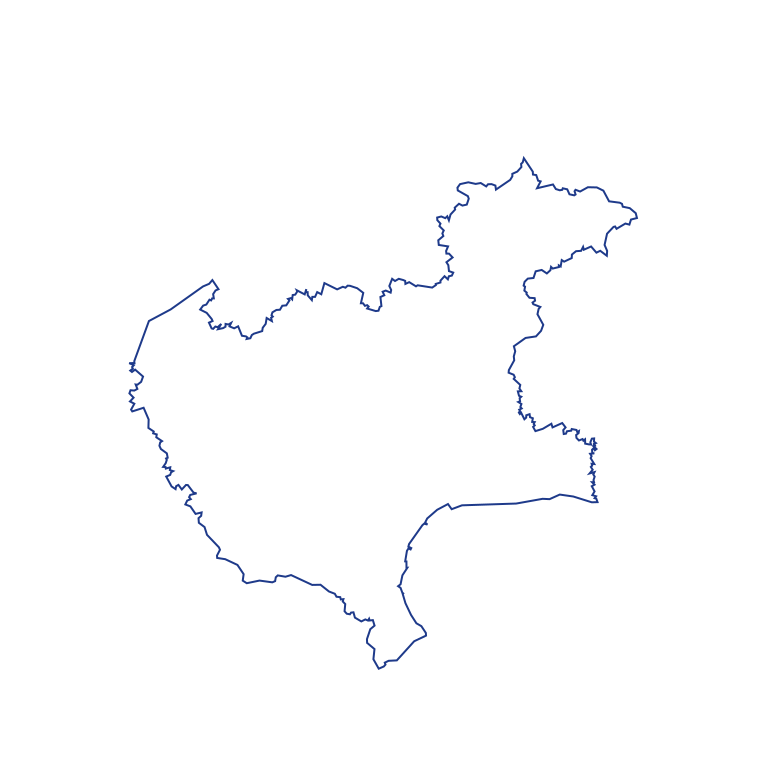 Veneto, Treviso, Italy, rotated 23°
{"feature_id": "23120603B96721879872173", "entity_name": "Veneto", "entity_type": "district", "adm_level": 2, "iso_a3": "ITA", "parent_name": "Italy", "parent_adm1": "Treviso", "projection": "orthographic", "projection_center": [12.018, 45.736], "detail": "fine", "context": "isolated", "style": "outline", "palette": "blue", "viewbox_px": 768, "rotation_deg": 23, "n_neighbors": 0, "source": "geoboundaries", "source_scale": "gbopen_adm2", "svg_char_len": 6165}
<svg xmlns="http://www.w3.org/2000/svg" viewBox="0 0 768 768"><g transform="rotate(23 384 384)"><path d="M297.8,600.7L297.3,607.2L298.4,609.3L306.3,607.3L319.8,607.8L329.1,613.9L330.8,620.2L335.5,621.0L346.2,613.6L358.7,610.2L360.8,608.0L359.9,604.2L361.0,601.7L368.6,599.9L373.1,596.2L396.4,597.0L404.0,593.6L414.4,596.5L420.7,596.3L423.4,598.4L427.0,597.3L428.4,599.2L430.7,597.9L431.0,600.3L434.3,601.7L436.5,608.6L439.5,610.0L442.6,609.3L443.0,607.3L445.1,606.1L448.5,610.4L455.9,611.4L458.8,608.0L461.7,608.0L462.0,605.9L463.2,607.3L466.0,605.7L469.7,610.1L467.2,615.0L468.0,625.5L469.6,628.9L478.8,631.7L481.8,641.5L490.4,648.1L494.2,644.1L495.0,641.7L493.6,640.2L496.4,637.0L503.8,633.4L512.3,609.0L521.0,599.2L519.8,596.8L513.0,592.3L507.3,591.6L499.1,586.0L489.4,577.4L483.3,570.0L483.8,568.3L483.3,569.9L478.9,565.2L476.0,564.6L477.5,561.9L475.7,552.9L477.3,544.0L476.5,544.4L474.0,538.6L472.8,539.0L470.3,528.6L470.8,525.7L473.1,525.9L473.2,524.4L470.0,524.2L469.6,521.5L474.5,499.0L475.5,496.9L478.9,496.4L476.0,495.4L476.3,490.9L482.1,479.0L489.8,469.5L495.2,472.8L503.2,465.2L552.4,442.4L574.9,427.7L581.4,425.3L589.0,417.1L602.2,413.6L621.5,411.7L626.7,409.3L624.2,406.6L622.5,406.8L623.1,404.5L619.2,404.9L619.8,400.6L615.2,396.9L617.1,394.4L613.9,393.1L615.7,392.3L614.4,390.6L614.1,386.9L612.0,385.5L612.2,382.8L608.2,386.0L609.6,381.4L606.8,379.5L607.5,377.8L606.3,376.3L608.8,375.5L603.2,371.5L603.3,369.3L601.0,367.7L604.7,365.7L602.6,366.0L601.2,363.2L602.0,361.2L604.0,362.6L605.0,360.8L601.1,359.4L603.2,357.8L601.2,358.6L600.6,357.1L602.1,355.6L599.8,355.0L598.7,352.0L596.7,353.1L596.7,357.0L598.2,358.8L596.3,359.5L592.5,360.3L590.7,356.4L589.7,358.3L588.3,357.1L585.5,359.8L582.2,358.4L580.8,355.9L582.3,353.2L581.8,351.2L580.7,352.7L579.1,351.1L574.4,352.1L574.6,353.8L570.9,356.0L570.9,358.6L569.0,359.8L567.0,356.4L568.1,353.0L563.3,350.3L556.1,358.1L553.6,355.2L547.7,363.2L541.8,368.2L538.0,365.2L538.9,363.2L537.4,362.3L537.6,360.2L535.2,361.0L534.4,357.4L531.4,357.5L529.8,354.9L527.2,357.2L528.0,359.4L527.0,361.6L521.5,356.9L520.8,358.6L519.3,357.6L519.8,355.7L518.5,354.8L520.3,352.7L518.5,351.9L518.3,348.7L514.6,348.1L516.0,346.7L514.4,344.1L515.3,342.1L512.9,342.1L510.1,338.5L513.2,337.0L510.4,335.2L509.8,331.6L501.4,328.6L501.8,326.6L499.7,324.8L494.3,324.9L493.5,322.4L494.6,311.3L492.7,307.9L492.0,302.6L488.8,298.5L496.3,286.3L505.3,280.8L507.8,273.7L507.5,267.3L498.0,259.8L497.0,254.5L497.8,252.0L490.2,252.2L488.9,251.0L490.5,248.3L489.1,246.1L484.2,247.8L479.9,245.5L479.7,244.1L476.7,243.2L475.8,239.3L474.1,238.9L473.5,235.0L475.2,230.8L480.2,228.0L479.6,221.0L484.6,217.4L490.7,218.6L492.7,214.3L492.0,210.9L494.2,211.8L499.3,208.0L498.6,206.5L500.7,206.8L499.2,200.5L502.0,201.0L507.6,194.7L506.4,191.4L508.9,186.7L513.4,184.4L513.7,180.0L515.5,182.3L520.9,176.5L528.2,180.1L531.0,176.9L539.0,178.9L537.4,174.3L532.7,169.8L530.6,158.5L533.9,149.7L535.2,148.7L537.4,150.3L543.5,142.0L547.6,141.4L547.1,136.1L552.0,132.4L549.0,128.4L541.5,126.1L534.5,127.5L532.7,125.2L530.2,125.0L519.8,127.9L510.4,120.3L503.1,119.9L494.8,123.2L489.3,130.2L484.4,130.4L484.1,132.1L486.3,134.7L485.4,136.0L480.6,136.9L476.6,133.2L472.1,134.0L472.2,135.6L470.1,137.0L466.0,137.4L461.6,134.3L448.4,144.0L449.0,136.3L446.4,136.6L442.5,132.2L439.3,133.0L438.0,130.4L424.5,121.5L425.1,125.8L424.2,127.8L425.7,130.6L423.7,136.4L420.0,140.4L421.0,142.7L420.4,146.8L411.1,161.3L409.0,157.8L404.9,158.0L401.7,159.5L400.9,162.2L394.5,161.2L390.2,164.0L382.8,165.4L375.9,170.3L374.9,174.6L376.3,177.0L387.8,178.3L389.6,180.3L390.1,186.5L386.5,189.1L382.6,188.8L380.2,194.1L381.3,195.6L379.0,202.0L379.8,208.0L376.7,204.9L375.6,207.4L371.3,207.4L367.9,210.0L369.1,212.4L373.3,214.3L373.3,217.0L379.0,219.3L378.9,222.6L380.8,224.6L377.8,230.5L380.1,234.6L389.2,232.3L389.2,237.3L390.5,239.6L392.9,238.6L397.7,240.7L393.9,247.5L396.8,249.5L399.7,254.7L404.2,254.4L404.1,257.7L401.6,259.5L401.9,262.7L397.6,261.1L395.6,266.8L396.3,268.5L392.5,271.7L393.1,272.7L390.7,276.4L376.4,280.0L375.3,281.6L367.4,280.4L364.6,283.5L363.2,280.8L361.0,280.8L356.5,281.4L353.9,284.9L350.4,284.0L350.6,291.7L353.9,294.7L354.4,297.3L349.1,297.3L346.7,299.6L349.6,302.2L346.7,305.3L351.2,313.3L350.0,314.7L350.3,318.7L347.9,320.1L339.0,321.1L339.6,318.7L337.7,318.0L335.9,319.5L333.2,317.9L331.2,318.7L329.3,308.2L321.9,306.3L314.3,306.9L312.1,307.7L310.9,310.4L308.1,310.6L303.9,315.2L289.7,314.4L291.2,325.9L286.6,325.5L286.5,330.7L284.0,331.8L284.8,335.0L279.2,332.2L277.8,329.3L276.1,330.1L275.4,327.0L276.0,332.5L267.1,331.8L268.0,332.6L267.4,336.4L265.2,337.8L266.4,342.0L264.7,341.3L262.4,343.2L264.3,344.0L263.3,349.8L259.8,351.7L259.2,356.3L256.0,357.9L253.3,361.6L253.6,364.7L255.3,365.4L254.2,367.1L256.2,369.9L250.2,369.1L251.6,374.9L250.4,379.6L251.2,382.9L244.6,388.5L243.2,390.6L243.1,394.1L240.0,396.2L240.0,394.5L238.4,394.1L234.4,395.1L227.2,387.9L224.3,391.3L219.3,391.3L219.4,387.5L217.6,390.0L214.7,390.6L215.7,393.2L214.1,395.4L209.8,398.4L210.7,392.3L208.7,396.7L206.3,397.0L205.2,400.0L203.6,400.2L198.9,395.9L201.6,393.0L200.0,391.5L193.0,387.8L185.7,387.3L186.9,382.5L189.4,380.3L190.4,374.6L192.2,374.6L192.4,372.3L193.9,371.7L191.6,368.0L192.4,363.7L194.6,361.4L185.4,355.4L183.9,360.1L179.3,364.9L158.5,398.7L143.0,417.9L145.2,460.5L146.1,462.2L141.3,464.4L146.4,464.4L145.5,466.8L146.8,468.0L145.2,470.8L147.3,471.4L149.3,468.0L159.3,471.3L159.6,476.9L157.3,481.0L155.6,481.5L158.9,484.9L156.7,487.6L153.1,488.8L153.3,492.1L158.8,494.4L157.0,499.3L161.9,499.7L161.2,506.4L163.0,507.6L172.0,499.8L181.2,508.6L184.3,516.5L190.6,517.7L190.8,519.6L194.5,519.2L195.2,522.0L202.0,523.3L200.8,525.2L201.4,528.6L204.0,531.0L211.2,532.7L213.7,536.4L212.5,537.7L213.7,538.7L214.0,542.2L213.1,546.6L215.4,545.8L216.2,547.1L219.8,544.2L220.5,546.9L223.9,546.6L222.5,548.5L222.7,551.2L219.7,554.3L228.5,561.3L233.2,562.2L232.6,559.3L234.2,557.2L239.1,560.1L241.2,554.3L242.9,553.7L251.1,558.4L254.2,557.9L249.0,561.8L248.8,564.3L251.1,565.5L248.4,568.2L248.2,572.5L253.6,572.3L261.3,577.2L266.3,573.5L267.2,576.8L265.7,580.0L267.8,584.1L274.7,585.8L280.0,592.0L295.8,598.8L297.8,600.7Z" fill="none" stroke="#1e3a8a" stroke-width="2"/></g></svg>